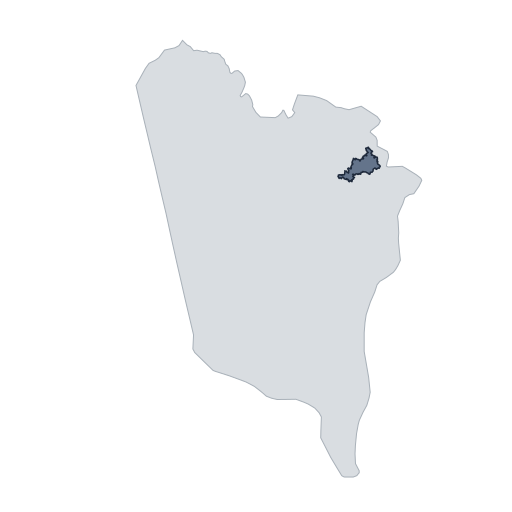 Idleb, Idlib, Syria (highlighted), rotated 110°
{"feature_id": "27442178B9567094438554", "entity_name": "Idleb", "entity_type": "district", "adm_level": 2, "iso_a3": "SYR", "parent_name": "Syria", "parent_adm1": "Idlib", "projection": "albers", "projection_center": [36.811, 35.88], "detail": "fine", "context": "in_parent", "style": "filled", "palette": "slate", "viewbox_px": 512, "rotation_deg": 110, "n_neighbors": 0, "source": "geoboundaries", "source_scale": "gbopen_adm2", "svg_char_len": 7508}
<svg xmlns="http://www.w3.org/2000/svg" viewBox="0 0 512 512"><g transform="rotate(110 256 256)"><path d="M86.5,185.3L90.6,185.8L99.2,191.1L100.6,191.0L103.3,184.0L105.9,181.7L111.3,179.7L112.8,168.4L115.3,166.3L118.3,165.1L123.0,164.9L127.0,164.2L127.2,162.3L121.7,149.2L122.2,145.9L124.9,132.9L126.6,127.7L128.2,126.1L134.6,126.7L143.5,129.0L145.8,132.8L150.2,136.1L156.7,135.9L164.2,136.5L170.1,136.7L174.8,134.3L185.4,129.8L190.6,128.3L195.3,126.3L210.6,118.9L216.7,119.4L220.9,120.2L224.2,121.3L231.5,126.1L237.5,131.0L241.7,132.4L249.2,132.1L260.1,132.8L273.5,132.4L281.3,130.8L291.1,128.1L308.7,121.7L331.6,108.6L345.0,102.1L350.9,101.2L358.5,100.8L366.3,102.0L375.0,102.7L379.0,102.4L388.4,100.8L400.4,97.7L408.0,95.3L417.1,91.5L422.5,85.6L424.4,84.9L426.8,85.8L427.9,86.1L430.5,89.1L433.4,97.1L433.5,98.0L433.1,100.3L427.5,107.3L419.7,116.9L414.1,122.9L404.7,133.0L397.3,135.5L384.9,139.5L381.7,143.1L378.8,148.7L377.3,156.2L377.0,160.9L377.0,169.6L380.4,178.5L383.6,187.0L384.3,192.7L384.2,198.3L381.8,204.5L379.1,212.9L377.8,222.3L377.7,239.8L378.3,254.7L378.2,257.2L373.4,267.9L367.7,280.5L365.0,283.5L351.5,287.7L337.0,297.2L320.7,307.9L305.8,317.5L290.2,327.6L273.9,338.0L262.2,345.4L246.6,355.2L232.3,364.6L217.7,374.1L206.6,381.2L189.7,392.5L179.8,399.0L165.1,408.7L152.2,417.1L136.8,427.1L117.6,424.1L111.5,422.4L106.5,417.6L102.9,415.1L93.8,412.4L88.1,403.4L84.6,400.3L78.5,398.8L81.2,393.1L81.7,389.4L84.4,384.8L82.8,381.8L82.0,375.4L80.9,373.8L80.5,372.1L81.4,370.1L81.1,367.9L80.1,367.0L79.6,363.8L78.8,361.5L79.2,358.6L80.6,356.8L82.0,353.2L83.6,352.1L86.2,349.9L86.9,347.5L89.2,345.2L92.3,343.4L93.0,341.9L92.5,341.0L89.5,339.3L87.9,336.3L89.4,332.0L90.4,330.6L92.2,328.5L96.3,325.4L99.5,324.9L102.3,324.9L107.0,325.2L110.6,325.8L111.5,324.9L111.4,323.9L106.9,321.2L106.7,319.2L107.8,316.9L111.0,313.4L114.8,310.8L116.8,310.4L121.1,305.2L123.9,299.4L119.4,285.2L116.7,282.9L112.4,280.9L109.8,280.6L109.6,279.7L113.1,276.1L115.5,273.0L112.8,270.0L108.0,268.6L106.2,271.7L100.0,271.9L90.3,271.8L86.2,256.8L85.6,250.3L85.8,242.8L88.8,231.9L87.5,226.8L87.4,223.3L86.7,218.6L79.3,208.4L83.6,189.8L86.5,185.3Z" fill="#d9dde1" stroke="#a8b0b8" stroke-width="1"/><path d="M131.4,170.5L131.2,170.7L130.9,170.7L130.4,170.5L130.1,170.2L129.7,169.9L129.3,170.0L129.0,170.2L128.7,170.5L128.4,171.2L128.3,171.5L128.2,171.9L128.1,172.7L127.9,173.0L127.5,173.2L127.3,173.6L127.0,173.9L126.2,173.7L125.8,173.7L125.7,174.0L125.6,174.5L125.5,174.8L124.6,174.7L124.4,175.1L124.2,175.3L123.8,175.3L123.4,175.0L122.0,175.7L121.7,176.1L121.7,176.3L121.9,176.8L122.1,177.0L122.4,177.4L122.4,178.1L122.5,178.2L122.9,178.2L123.2,178.2L123.4,178.3L123.4,178.6L123.3,178.8L122.5,178.8L122.1,178.7L122.0,178.3L121.6,178.2L121.4,178.5L121.5,179.8L121.4,180.4L121.5,181.3L121.7,181.6L121.7,181.8L121.2,181.7L120.7,181.8L120.7,182.0L120.7,182.4L120.6,182.7L120.3,183.0L118.9,183.1L118.7,183.0L118.6,182.9L118.3,182.3L118.2,182.2L117.8,182.4L117.7,182.5L117.6,182.9L117.5,183.4L117.5,183.9L116.8,185.4L116.4,185.9L116.4,186.0L116.5,186.3L116.5,186.8L115.6,187.2L115.4,187.5L115.7,187.8L115.7,188.0L115.9,188.1L116.1,188.1L116.3,188.1L116.6,189.0L117.2,189.7L117.3,189.7L117.6,189.6L117.9,189.3L118.1,188.9L118.3,188.7L118.5,188.8L118.8,188.6L119.2,188.4L119.4,188.0L119.5,187.5L119.6,187.4L120.0,187.0L120.1,186.8L120.3,186.3L120.3,186.1L120.7,186.2L120.8,186.3L121.0,186.4L121.3,186.8L121.5,186.9L121.9,187.1L122.0,187.3L122.6,187.3L123.2,187.4L123.4,187.2L123.4,186.5L123.4,186.4L123.6,186.3L123.8,186.2L124.0,186.3L124.1,186.5L124.1,187.4L124.1,187.6L124.0,187.8L123.9,188.0L124.0,188.1L124.1,188.4L124.2,188.5L124.5,188.6L125.1,188.6L125.3,188.7L125.3,188.9L125.5,189.3L126.1,189.3L126.4,189.3L126.5,189.5L126.9,189.7L127.0,189.6L127.2,188.9L127.3,188.5L127.4,188.4L127.8,188.3L128.0,188.4L128.1,188.5L128.1,188.8L128.2,189.1L128.4,189.2L128.5,189.4L128.6,189.7L128.8,190.2L129.2,190.3L129.6,190.4L130.0,190.7L130.7,190.7L131.1,190.7L131.2,190.9L131.1,191.2L130.6,191.3L130.3,191.7L130.3,192.2L130.3,192.6L130.3,193.0L130.5,193.5L130.5,193.9L130.6,194.3L130.4,194.6L130.2,194.9L130.2,195.4L130.2,195.7L130.3,195.8L130.6,195.8L131.0,195.8L131.6,195.8L131.6,196.1L131.4,196.4L131.1,197.1L130.9,197.5L131.0,197.8L131.3,197.8L132.1,197.7L133.4,197.7L134.2,197.9L134.8,197.7L135.0,197.7L135.5,197.7L135.8,197.5L135.8,197.2L136.0,196.7L136.6,196.5L136.8,196.5L136.9,197.0L137.0,197.1L137.4,197.0L138.3,197.1L139.0,197.3L139.4,197.3L139.8,197.2L140.0,197.2L140.4,197.2L140.5,197.1L140.5,196.6L140.9,196.5L141.5,196.4L141.6,196.5L141.8,197.3L141.7,197.5L141.7,198.0L141.7,198.5L141.7,199.2L141.8,199.3L142.2,199.5L142.4,199.6L142.6,199.3L143.1,199.2L143.3,199.0L143.6,198.7L143.7,198.1L143.8,198.0L144.0,198.0L144.6,198.1L145.0,197.9L145.3,197.6L145.5,197.5L146.3,197.5L146.2,198.0L146.3,198.9L146.1,199.3L145.7,199.6L145.6,199.8L145.4,200.2L145.3,200.4L145.6,200.9L145.8,201.2L145.8,201.5L146.0,201.4L146.3,201.3L148.7,200.8L149.3,200.8L149.7,201.3L149.9,201.7L150.0,202.0L149.9,202.2L150.0,202.4L150.0,202.6L150.1,202.8L150.2,203.0L150.6,202.8L150.9,203.3L150.9,204.0L150.8,204.5L150.9,204.8L151.2,205.4L151.6,206.0L151.8,206.2L152.0,206.1L152.5,205.9L152.8,206.1L153.0,206.2L153.5,205.8L153.9,205.2L154.4,204.8L154.6,204.4L154.1,204.1L153.7,203.8L153.7,203.4L153.9,203.0L154.0,202.7L154.1,202.4L154.1,202.2L153.4,201.9L153.1,202.0L152.8,202.0L152.4,201.8L152.2,201.5L152.2,200.9L152.5,200.3L152.7,200.0L153.0,199.9L153.2,199.7L153.3,199.6L153.3,199.2L153.2,199.0L153.3,198.5L153.3,198.3L153.3,198.0L153.2,197.8L153.1,197.4L152.6,197.3L152.4,197.3L152.4,197.1L152.4,196.9L152.6,196.8L152.9,196.8L153.0,196.8L153.2,196.5L153.2,196.2L152.6,195.7L153.1,194.8L153.3,194.7L154.0,194.6L154.2,194.3L154.2,193.8L154.2,193.6L153.7,193.4L153.4,193.4L153.1,193.3L153.0,193.2L153.0,192.9L153.0,192.7L153.3,191.6L153.3,191.4L152.7,191.3L152.3,191.4L152.3,192.0L152.0,192.1L151.7,192.1L151.5,191.8L151.1,191.6L150.9,191.5L150.5,191.3L150.4,191.1L150.5,190.9L150.3,190.7L150.2,190.7L150.0,190.9L149.9,190.9L149.7,190.9L148.7,190.5L148.6,190.4L148.5,190.5L148.4,191.0L148.4,191.4L148.4,191.7L148.4,191.9L148.2,192.2L147.9,192.1L147.7,192.0L147.3,192.0L147.1,192.1L146.9,192.3L146.4,192.7L146.2,193.0L145.9,192.8L145.9,192.5L145.9,192.2L145.9,191.7L146.2,190.9L145.8,190.9L145.7,190.8L145.6,190.7L145.4,190.3L145.2,190.3L144.9,190.2L144.7,190.2L144.4,189.7L144.2,189.1L144.2,188.9L144.3,188.9L144.5,188.7L144.5,188.1L144.3,187.8L144.1,187.6L143.9,187.6L143.7,187.6L143.4,187.5L143.3,187.4L143.2,187.0L143.2,186.8L143.3,186.7L143.5,186.6L143.6,186.4L143.6,186.1L143.5,185.9L143.3,185.7L143.2,185.6L142.8,185.6L142.4,185.8L142.1,185.8L141.9,185.8L141.5,185.9L141.4,185.8L141.3,185.4L141.3,185.2L141.1,184.9L140.9,184.7L140.6,184.2L140.1,184.4L140.0,184.1L139.9,183.8L139.9,183.2L139.9,182.9L139.9,182.6L139.8,182.4L139.6,182.1L139.5,181.9L139.5,181.7L139.5,181.2L139.8,180.7L139.8,180.4L139.7,179.9L139.8,179.3L139.9,178.9L140.1,178.7L140.3,178.5L140.3,178.3L140.3,177.7L140.3,177.4L140.3,177.1L140.1,177.0L139.7,177.0L139.2,177.0L138.9,177.0L138.7,177.0L138.3,177.2L138.1,177.0L138.0,176.8L137.8,176.3L137.7,176.0L137.7,175.7L137.4,175.5L137.2,175.5L136.7,175.4L136.5,175.2L136.2,175.1L135.2,175.3L134.8,175.5L134.2,175.5L134.1,175.4L133.7,175.1L133.3,174.8L132.9,174.6L132.7,174.4L132.7,173.9L132.7,173.6L132.8,173.3L132.9,173.2L133.0,173.1L133.4,172.9L133.4,172.6L133.3,172.4L133.1,172.2L132.5,172.0L132.2,171.9L132.0,171.7L131.8,171.5L131.6,171.0L131.5,170.8L131.4,170.5Z" fill="#64748b" stroke="#1e293b" stroke-width="1.5"/></g></svg>